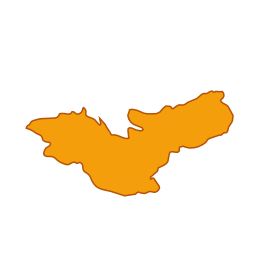 outline of Điện Biên, rotated 110°
{"feature_id": "VNM-450", "entity_name": "Điện Biên", "entity_type": "Province", "adm_level": 1, "iso_a3": "VNM", "parent_name": "Vietnam", "parent_adm1": "", "projection": "natural_earth1", "projection_center": [102.938, 21.7], "detail": "fine", "context": "isolated", "style": "filled", "palette": "amber", "viewbox_px": 256, "rotation_deg": 110, "n_neighbors": 0, "source": "natural_earth", "source_scale": "10m", "svg_char_len": 3058}
<svg xmlns="http://www.w3.org/2000/svg" viewBox="0 0 256 256"><g transform="rotate(110 128 128)"><path d="M110.4,132.8L110.2,132.6L109.5,131.5L108.9,129.8L108.5,127.3L108.3,124.8L108.7,118.4L107.9,114.0L104.7,106.0L101.9,103.4L97.8,101.9L94.4,99.9L93.3,95.8L93.4,95.3L93.5,94.9L93.7,94.6L94.0,94.3L94.8,92.9L93.4,91.5L91.1,90.1L89.2,88.4L88.6,87.2L87.7,84.5L87.1,83.3L86.2,82.5L83.4,80.5L76.8,73.4L71.3,70.3L69.5,68.4L68.9,66.2L67.6,64.8L66.0,63.6L64.7,62.0L64.6,61.3L64.9,60.0L64.9,59.4L64.6,58.9L63.8,58.3L63.5,57.9L62.6,54.4L62.1,53.3L61.5,51.8L62.4,50.4L64.1,49.2L65.7,48.8L67.7,49.2L69.2,50.2L70.6,50.4L71.8,48.7L72.3,46.8L72.8,43.1L73.7,41.1L80.4,33.5L85.4,32.4L87.4,32.5L92.6,33.8L97.2,33.3L98.6,33.8L99.8,36.1L101.1,37.2L102.0,37.5L102.7,37.9L103.5,39.8L109.7,47.6L111.3,49.0L114.9,50.0L118.2,52.3L121.8,55.9L123.9,59.1L125.5,62.8L126.3,66.8L126.3,69.8L126.5,70.3L127.3,71.3L128.1,72.8L129.5,72.8L132.1,72.0L133.9,73.1L134.6,75.5L135.1,78.2L136.3,80.2L137.9,80.4L146.0,79.1L148.4,79.9L151.1,81.9L155.1,85.9L158.5,85.6L166.5,90.0L168.3,89.3L168.0,89.0L167.4,88.4L166.7,87.7L166.4,86.9L166.7,86.3L172.0,78.9L173.3,78.0L175.4,78.0L177.4,78.9L179.0,80.4L179.6,82.1L179.9,84.8L180.5,86.4L182.7,88.5L183.8,90.0L184.3,91.8L184.6,94.0L184.6,96.3L185.0,96.8L186.7,98.0L187.5,98.3L187.9,98.8L192.2,106.9L192.8,107.6L193.4,122.2L194.5,130.9L194.5,134.3L193.8,137.8L192.4,140.6L190.6,143.2L186.4,147.2L185.1,149.3L184.5,151.2L184.0,153.7L183.2,155.1L182.3,156.0L178.7,157.8L177.7,158.7L177.0,160.1L176.8,161.3L177.2,162.2L177.8,162.7L178.4,163.3L178.7,164.4L178.4,165.9L178.6,167.1L179.2,168.2L182.6,171.2L183.3,172.9L183.6,175.4L183.4,179.5L182.7,182.6L181.0,187.0L180.8,188.5L181.0,190.2L182.4,194.3L182.5,196.5L181.9,197.8L180.6,198.5L179.0,198.7L177.2,198.7L175.5,198.4L174.0,197.6L172.7,196.4L171.5,195.6L170.4,195.3L169.4,195.4L168.7,196.0L168.5,196.8L168.6,198.0L169.0,199.7L169.1,201.7L168.7,203.3L167.9,204.3L166.0,205.7L165.1,206.9L164.7,208.5L164.4,212.3L163.3,216.4L162.9,220.0L163.0,223.1L163.1,223.4L162.4,223.6L161.3,223.6L160.4,223.3L159.2,222.3L158.4,221.8L157.5,221.5L155.8,221.3L154.8,220.8L154.2,220.3L152.9,218.8L150.3,215.2L148.6,212.0L145.7,205.0L143.6,200.0L142.2,198.2L139.9,197.1L138.6,197.3L137.8,196.9L137.4,196.2L137.0,195.2L136.3,193.3L135.5,189.1L135.4,189.0L134.4,187.2L133.5,186.5L132.7,186.5L132.1,186.3L131.5,185.2L131.5,184.1L132.3,182.0L132.4,181.0L132.0,179.7L131.1,178.5L129.9,177.6L128.5,177.0L126.5,176.9L124.7,177.1L124.0,176.6L125.1,174.6L126.6,173.2L129.7,172.4L130.8,171.1L131.1,169.3L131.2,164.3L131.6,162.1L134.6,156.6L134.7,155.3L133.5,155.0L131.7,156.0L129.8,157.3L128.5,158.0L132.6,150.4L134.6,148.4L138.1,143.6L139.9,141.6L140.0,141.3L140.0,141.0L140.0,140.7L139.9,140.4L139.0,138.0L138.7,135.4L138.8,127.8L138.6,126.6L138.2,125.4L137.5,124.0L137.0,123.8L136.5,124.2L129.8,127.4L128.2,127.5L127.1,126.2L126.8,124.1L127.1,119.8L126.3,114.8L124.5,113.2L122.9,114.9L122.7,123.7L121.6,127.2L119.5,130.1L116.7,132.2L115.7,132.5L110.8,132.6L110.4,132.8Z" fill="#f59e0b" stroke="#b45309" stroke-width="1.5"/></g></svg>